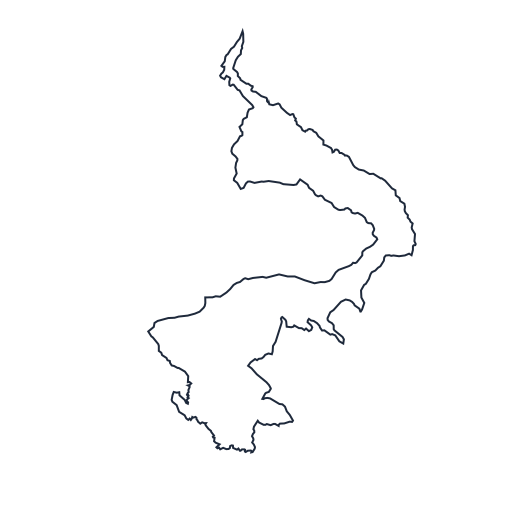 Desamparados, San José, Costa Rica, rotated 212°
{"feature_id": "36466004B53955295164101", "entity_name": "Desamparados", "entity_type": "district", "adm_level": 2, "iso_a3": "CRI", "parent_name": "Costa Rica", "parent_adm1": "San José", "projection": "natural_earth1", "projection_center": [-84.044, 9.811], "detail": "fine", "context": "isolated", "style": "outline", "palette": "slate", "viewbox_px": 512, "rotation_deg": 212, "n_neighbors": 0, "source": "geoboundaries", "source_scale": "gbopen_adm2", "svg_char_len": 6088}
<svg xmlns="http://www.w3.org/2000/svg" viewBox="0 0 512 512"><g transform="rotate(212 256 256)"><path d="M386.5,439.5L385.0,431.6L385.6,427.5L385.6,421.8L386.9,418.4L386.9,412.0L387.5,411.0L387.5,408.6L385.7,404.6L386.1,398.9L384.6,398.7L383.1,399.7L381.6,397.0L381.4,394.1L382.0,392.3L382.0,389.9L380.4,389.0L376.5,389.2L376.5,393.1L372.9,393.3L372.0,393.0L371.0,389.5L369.1,386.8L367.8,386.7L366.5,389.1L365.6,389.4L359.6,387.2L357.7,387.7L351.9,384.7L339.2,382.0L337.0,380.8L337.1,379.6L339.6,376.5L339.1,373.1L337.3,368.8L339.1,365.8L339.2,364.3L337.4,360.5L338.4,356.7L334.5,354.0L333.2,353.9L331.6,351.3L331.9,350.3L333.0,349.1L332.6,343.7L333.8,339.1L333.7,335.0L332.4,331.8L330.3,330.2L326.1,329.6L323.2,328.5L322.5,327.2L322.2,324.4L320.3,320.0L316.1,315.7L315.8,310.1L314.9,308.5L310.7,308.1L304.5,304.8L302.6,307.2L303.0,312.3L302.3,314.8L300.6,316.0L296.0,317.2L290.7,322.1L288.9,323.0L285.0,326.3L274.7,330.8L270.9,331.4L261.8,336.1L259.6,338.1L259.2,344.3L250.0,343.8L247.1,341.9L242.1,341.6L238.7,339.6L237.4,339.3L234.9,339.5L233.2,341.5L231.4,341.8L227.4,340.2L220.0,341.0L215.7,338.9L210.7,338.9L209.1,339.5L205.7,342.2L205.4,343.7L203.6,345.3L199.6,345.1L198.1,343.7L196.7,343.7L194.5,344.5L192.6,346.5L187.2,346.7L183.8,346.1L180.0,343.4L178.2,343.4L175.7,344.7L173.3,344.0L170.1,341.6L169.6,340.4L169.4,337.6L168.5,336.3L166.8,335.6L163.6,335.5L162.0,334.4L162.7,327.7L164.2,324.2L166.5,320.7L167.8,316.7L167.8,315.5L166.2,312.8L167.3,303.8L168.2,302.5L170.1,301.7L170.5,299.0L171.9,296.6L178.6,288.0L179.7,284.3L179.7,276.5L180.6,273.8L183.8,270.3L187.6,268.0L191.9,263.9L202.0,261.2L212.3,259.2L218.4,255.4L226.7,252.6L235.8,243.0L239.3,241.8L246.9,235.8L250.3,232.2L253.4,231.4L254.4,229.9L255.8,225.5L258.0,223.0L259.7,219.6L260.4,214.2L261.7,209.4L264.8,202.5L268.8,200.5L271.0,197.9L277.1,194.0L274.0,189.2L273.0,186.5L273.0,184.4L274.3,178.9L277.3,174.7L282.3,169.3L289.4,163.7L292.3,160.5L297.5,156.9L305.0,148.8L306.6,145.4L305.1,141.7L307.4,134.9L302.2,132.4L300.4,132.3L292.2,129.5L290.8,128.3L288.1,124.0L285.1,123.8L283.1,122.2L277.9,122.1L275.8,120.7L273.5,121.3L272.2,119.8L269.5,118.5L267.2,119.3L263.2,119.5L262.2,120.1L255.0,120.3L249.8,118.2L246.9,112.9L245.7,113.9L243.4,113.6L243.9,111.5L245.1,110.2L243.3,110.3L242.8,109.6L242.3,106.5L241.0,104.9L241.3,103.8L241.0,101.7L240.0,101.4L239.8,102.2L239.1,101.8L239.1,99.9L237.8,99.8L238.4,97.9L238.3,96.5L236.0,95.9L235.5,94.6L237.4,94.4L240.2,96.2L247.0,97.3L248.9,99.8L250.7,98.1L253.7,97.1L253.1,94.0L251.3,89.3L249.7,88.1L244.3,87.5L238.6,83.1L232.1,83.1L229.0,81.3L226.6,81.1L226.1,83.0L224.4,82.4L224.3,84.2L224.7,85.7L223.6,85.7L222.0,87.5L220.7,87.2L219.9,86.0L218.4,85.6L217.5,84.8L214.4,84.3L213.5,86.4L211.1,86.9L209.8,87.8L209.8,86.4L208.8,85.7L204.7,84.2L201.5,83.8L200.6,83.0L196.5,81.5L196.8,79.8L196.0,79.4L194.8,79.9L193.4,76.7L191.3,76.3L187.1,77.0L188.2,72.8L186.8,72.5L185.7,73.9L183.9,73.1L182.2,75.9L178.8,76.5L177.0,77.8L176.4,79.2L177.2,81.2L176.2,82.6L175.1,83.0L173.7,81.1L169.5,81.7L168.9,83.4L166.5,82.3L165.9,82.7L165.4,84.6L163.3,85.9L162.6,85.9L161.8,84.3L160.9,84.3L159.8,86.5L157.3,88.3L156.2,88.2L155.9,87.0L155.0,87.9L155.0,91.9L155.6,93.4L158.0,95.0L160.4,95.8L160.7,98.7L161.7,99.9L163.9,101.1L164.3,103.5L164.0,105.6L165.0,107.0L166.4,107.7L167.3,110.2L167.2,117.2L165.2,116.4L160.0,116.9L158.5,117.9L157.8,119.2L153.9,120.3L152.2,122.8L150.8,123.7L146.8,123.9L147.3,124.8L146.9,126.5L143.3,129.0L139.6,133.4L137.5,134.4L137.4,136.0L143.1,139.1L147.6,140.6L151.6,143.6L155.0,144.2L157.7,142.9L168.6,142.7L171.1,141.7L173.0,140.2L173.9,138.6L174.9,138.2L175.3,144.3L174.9,145.4L173.1,147.5L173.1,151.3L173.5,151.7L176.5,153.4L180.2,154.5L192.6,156.1L200.3,158.4L204.5,158.7L204.2,162.9L202.2,168.1L199.9,168.2L199.2,170.2L196.9,172.1L196.1,174.3L195.8,177.1L193.8,179.9L190.5,181.1L191.3,183.9L193.9,188.7L193.9,193.6L198.8,212.6L199.4,214.1L201.6,216.0L201.8,217.4L201.4,218.2L197.3,217.5L195.8,216.6L192.5,212.3L188.3,214.3L186.8,215.9L186.8,217.4L181.3,217.6L179.0,219.0L175.8,218.8L175.1,221.0L171.3,220.3L170.0,222.6L170.5,225.3L172.5,226.4L177.2,227.2L177.9,228.9L177.8,230.7L175.1,230.5L172.6,231.5L168.6,231.4L165.1,230.4L163.9,229.3L160.5,227.8L158.6,229.2L151.3,228.7L150.0,230.1L146.7,230.7L140.1,227.8L135.6,228.0L137.3,231.9L139.7,233.2L150.1,234.5L151.3,235.1L153.4,238.4L156.0,239.3L159.5,239.1L161.4,239.8L162.4,241.2L163.2,247.6L161.6,251.3L159.7,262.2L156.9,266.6L153.0,268.0L150.1,268.0L147.5,267.3L146.2,266.4L140.4,266.1L138.1,264.2L137.7,264.4L137.7,266.8L139.3,273.6L144.6,276.6L148.7,282.5L149.0,288.8L148.1,290.6L148.1,296.4L149.2,301.1L149.2,303.6L147.1,306.9L146.3,310.7L145.1,313.2L145.1,319.8L146.5,322.8L146.2,325.2L143.4,327.3L141.4,327.8L139.7,329.3L134.6,331.6L130.0,335.4L127.4,339.1L124.5,339.1L126.1,344.2L128.1,347.5L128.0,348.6L126.7,349.6L126.9,350.8L129.5,352.5L132.8,358.9L137.9,361.4L139.1,362.7L140.4,366.6L143.2,367.0L145.0,368.3L147.7,368.9L148.8,371.1L151.7,371.8L153.6,372.9L154.6,374.1L155.7,376.7L157.9,379.0L162.8,379.0L165.0,381.2L169.6,381.5L172.6,385.6L176.5,385.4L186.4,388.3L190.7,388.5L191.4,387.9L200.1,387.9L203.1,385.7L209.9,385.6L214.6,383.8L219.3,383.8L221.7,384.6L229.7,389.3L232.2,389.3L233.9,388.3L234.4,388.7L238.0,388.7L239.6,387.7L242.1,389.1L243.9,389.1L245.2,388.1L245.2,385.6L246.0,384.4L247.8,386.4L249.6,387.3L254.8,387.0L257.9,386.2L260.0,389.7L266.5,390.5L270.2,392.4L273.4,392.2L274.8,392.9L277.7,392.2L278.8,391.2L279.2,389.5L280.1,388.8L280.2,387.5L283.3,387.3L286.1,389.1L291.1,389.3L293.0,391.5L294.6,391.7L295.0,393.6L296.8,393.9L299.5,396.0L300.3,395.7L301.8,393.6L305.7,393.8L313.1,395.2L316.3,397.1L318.0,397.1L321.5,392.9L325.1,391.7L326.6,393.1L326.5,392.7L327.4,392.7L328.7,393.2L330.0,395.1L331.0,395.6L336.2,394.4L343.2,395.1L345.7,393.9L347.5,393.9L348.2,394.7L348.3,397.5L348.8,398.2L350.7,397.7L353.8,398.0L355.4,397.0L362.5,397.2L363.6,398.3L366.8,399.0L368.1,401.2L369.6,402.0L374.3,402.6L374.9,403.2L376.9,411.3L376.9,415.4L375.9,419.2L377.7,422.5L377.9,425.1L379.2,426.4L380.2,430.9L384.6,437.6L386.5,439.5Z" fill="none" stroke="#1e293b" stroke-width="2"/></g></svg>